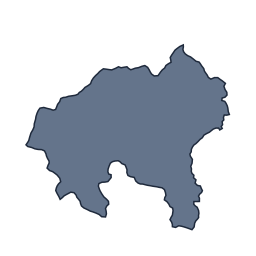 the district of Vargem Bonita, Minas Gerais, Brazil, rotated 101°
{"feature_id": "56859067B90088641523140", "entity_name": "Vargem Bonita", "entity_type": "district", "adm_level": 2, "iso_a3": "BRA", "parent_name": "Brazil", "parent_adm1": "Minas Gerais", "projection": "robinson", "projection_center": [-46.322, -20.439], "detail": "fine", "context": "isolated", "style": "filled", "palette": "slate", "viewbox_px": 256, "rotation_deg": 101, "n_neighbors": 0, "source": "geoboundaries", "source_scale": "gbopen_adm2", "svg_char_len": 3401}
<svg xmlns="http://www.w3.org/2000/svg" viewBox="0 0 256 256"><g transform="rotate(101 128 128)"><path d="M211.0,181.0L208.9,179.2L206.7,177.7L204.9,175.6L203.3,173.6L201.9,171.9L201.8,168.6L203.8,166.1L205.7,165.0L207.4,162.9L209.1,161.0L211.1,160.2L213.4,158.8L214.9,156.1L215.9,152.1L216.8,149.1L217.0,146.8L217.6,143.2L218.4,139.8L220.1,136.9L219.6,133.1L216.4,132.8L213.8,133.6L211.3,134.7L208.7,134.0L206.5,132.4L203.7,133.2L202.0,135.5L200.2,138.6L197.4,141.4L194.8,143.6L192.9,144.8L190.7,146.0L188.1,146.0L186.2,143.2L185.5,140.3L184.4,137.5L182.0,136.2L179.9,135.1L177.1,135.7L176.9,138.1L174.8,139.4L172.2,139.7L169.1,139.3L165.9,138.6L164.0,136.8L162.9,134.5L162.0,131.4L162.7,129.3L164.1,127.3L164.8,123.8L167.0,122.3L169.2,121.0L172.0,120.6L174.6,119.0L175.3,116.3L175.3,112.5L178.6,110.2L180.1,107.7L180.6,105.2L180.2,102.8L180.4,100.3L180.5,97.8L180.4,95.2L180.4,92.2L180.2,88.5L180.3,86.0L180.2,83.2L181.5,80.5L184.3,78.9L187.0,77.9L189.3,78.6L191.6,78.6L192.9,75.7L194.9,73.4L197.1,71.8L198.1,68.9L200.5,68.0L202.9,67.9L205.1,67.8L207.3,68.6L209.9,69.3L212.1,67.2L214.1,66.1L216.4,65.6L216.5,62.3L214.3,59.6L214.2,56.7L214.4,54.1L214.8,50.7L215.6,45.8L212.5,44.2L208.7,44.4L206.2,43.7L204.3,42.5L202.4,41.6L200.4,42.1L198.3,42.1L195.5,43.0L192.6,45.0L191.6,47.2L190.3,48.9L187.6,49.3L187.1,46.7L186.5,43.9L183.2,44.5L181.4,45.8L179.2,45.0L177.3,43.5L175.3,43.0L173.2,44.6L171.1,45.9L171.1,48.9L169.3,51.6L165.9,51.4L164.3,54.2L161.8,54.3L160.4,56.5L158.5,57.6L156.0,57.9L153.6,59.1L150.4,58.4L146.5,58.8L143.8,61.4L141.8,62.3L139.4,61.4L136.7,61.7L134.1,61.0L132.0,60.0L130.4,58.4L128.0,56.7L125.4,55.1L123.4,53.2L120.5,52.1L118.4,49.7L116.6,47.3L114.8,45.8L112.7,44.0L111.3,41.7L110.8,39.0L112.4,37.6L110.5,35.4L108.7,36.8L106.7,35.8L103.8,36.8L101.8,35.5L99.4,36.3L96.9,36.0L96.5,33.4L95.4,31.1L92.8,32.7L89.4,33.8L87.3,34.8L85.0,36.5L83.4,38.1L83.1,41.2L80.6,41.3L79.3,38.7L76.8,37.1L74.1,37.8L71.7,40.1L68.7,41.8L65.6,40.9L63.7,44.5L62.5,47.3L61.4,49.5L62.0,52.7L64.2,56.0L63.0,58.8L60.9,60.4L59.2,62.2L57.6,63.8L55.2,65.0L53.0,67.5L51.2,69.2L49.7,70.8L49.5,74.0L47.7,77.3L46.3,80.1L45.6,83.2L44.3,86.0L42.5,88.0L40.3,89.1L37.9,89.1L35.9,89.6L38.1,92.7L40.6,95.0L42.6,96.7L45.2,97.8L48.2,99.1L50.8,100.0L53.3,98.9L55.3,98.3L57.3,100.7L59.4,102.7L62.2,103.5L64.4,105.4L67.0,106.8L70.9,108.5L71.9,112.2L70.5,115.2L68.7,116.9L67.0,118.2L64.7,120.3L63.5,123.4L64.7,126.0L66.8,129.3L67.9,132.3L69.2,134.4L70.3,136.4L69.4,138.8L68.1,140.7L69.1,143.5L70.2,146.3L69.7,149.0L71.8,151.6L74.1,155.1L74.3,158.2L74.4,160.6L74.6,163.5L76.4,165.2L78.1,166.7L80.3,168.0L82.7,169.8L85.5,171.5L88.5,172.7L91.6,173.2L93.9,175.2L96.4,178.0L98.5,179.2L100.8,180.8L102.4,182.6L104.4,183.6L105.9,185.9L107.1,189.2L108.2,192.4L109.7,195.0L110.4,197.4L111.9,199.6L115.2,200.1L118.2,201.6L121.1,202.1L123.6,202.6L124.8,204.9L124.3,207.9L124.2,211.0L123.9,214.6L125.3,218.2L128.0,219.4L130.9,220.1L134.2,220.5L137.1,220.4L139.5,220.6L141.8,220.8L144.8,220.4L148.1,221.1L151.5,222.3L156.0,222.8L159.2,223.0L161.2,223.7L164.0,224.9L165.3,222.9L165.5,218.8L166.2,215.5L166.2,212.1L165.7,208.7L166.4,205.6L169.0,203.6L171.0,202.7L173.2,201.2L175.5,199.2L177.5,198.7L179.6,199.3L182.8,199.8L184.7,196.9L185.2,193.7L186.2,191.5L187.6,188.7L190.3,185.4L193.6,183.8L196.1,185.5L198.2,186.4L200.5,186.9L203.2,187.0L205.9,185.0L208.7,182.6L211.0,181.0Z" fill="#64748b" stroke="#1e293b" stroke-width="1.5"/></g></svg>